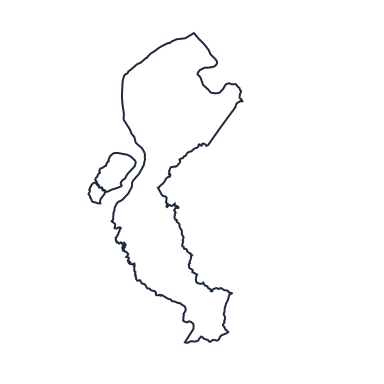 Amapá, Amapá, Brazil (Robinson projection), rotated 241°
{"feature_id": "56859067B97677328674999", "entity_name": "Amapá", "entity_type": "district", "adm_level": 2, "iso_a3": "BRA", "parent_name": "Brazil", "parent_adm1": "Amapá", "projection": "robinson", "projection_center": [-50.772, 1.676], "detail": "fine", "context": "isolated", "style": "outline", "palette": "slate", "viewbox_px": 384, "rotation_deg": 241, "n_neighbors": 0, "source": "geoboundaries", "source_scale": "gbopen_adm2", "svg_char_len": 6084}
<svg xmlns="http://www.w3.org/2000/svg" viewBox="0 0 384 384"><g transform="rotate(241 192 192)"><path d="M205.4,107.6L201.4,109.2L200.1,108.7L198.2,106.8L197.5,107.0L196.6,108.4L196.7,110.0L196.3,111.4L196.0,111.9L194.8,112.2L194.4,110.8L192.8,109.4L191.7,107.6L190.5,106.7L190.2,105.4L189.2,104.5L189.0,103.1L187.5,102.6L187.2,102.0L186.6,101.9L184.4,101.8L184.6,102.5L182.2,103.3L182.4,105.4L181.2,105.7L180.4,106.6L180.2,107.4L180.6,107.9L180.1,108.2L179.5,108.0L178.9,108.3L178.4,107.9L177.9,108.2L177.3,107.6L177.5,107.0L178.7,105.4L178.2,105.3L176.7,106.2L176.1,106.2L175.8,104.9L176.7,103.9L174.3,103.3L174.3,104.3L173.7,104.6L172.5,104.3L170.9,105.8L169.2,105.8L168.7,106.2L167.4,104.6L167.0,103.1L166.0,104.3L164.9,104.8L163.4,103.7L163.4,102.7L162.7,102.5L161.0,103.6L161.2,102.4L160.5,102.3L159.7,103.1L159.3,102.8L157.8,104.6L157.3,106.9L155.3,106.1L155.4,105.2L154.2,105.1L151.1,103.3L150.3,103.3L149.8,103.8L149.2,103.6L147.6,102.1L147.2,102.5L146.6,102.5L145.4,101.5L144.6,101.8L142.9,100.9L141.1,101.2L140.6,101.7L140.4,103.0L139.9,103.8L136.6,103.7L133.9,106.1L129.6,106.1L127.9,108.1L126.1,108.4L123.9,110.5L123.6,111.3L121.7,111.8L119.5,110.6L118.4,111.6L117.7,113.9L116.6,114.0L116.4,114.8L116.7,115.3L115.8,116.1L110.5,119.1L108.2,121.3L106.1,121.6L105.0,123.4L101.6,126.1L101.1,127.1L100.6,127.1L100.0,128.1L98.6,128.3L96.3,129.8L95.0,130.2L92.4,129.7L91.1,128.5L89.4,125.4L87.8,125.0L86.9,123.7L85.7,123.4L84.0,121.9L83.4,121.9L80.9,123.8L80.1,125.1L80.4,126.0L80.3,126.6L79.2,128.0L76.1,129.2L74.5,128.7L72.0,127.2L71.3,126.5L64.0,112.9L63.0,113.8L62.3,115.2L62.0,116.1L62.3,117.2L61.9,118.9L61.1,119.8L60.6,121.1L59.9,121.6L59.0,125.0L59.1,125.7L60.0,126.7L61.1,129.9L60.5,130.5L57.6,131.5L54.9,134.2L52.9,134.5L52.2,135.1L52.4,138.5L52.1,139.4L49.9,141.9L49.8,142.9L50.1,144.3L51.5,146.0L52.4,148.1L51.7,153.6L52.0,155.8L54.4,155.2L55.1,154.6L58.4,154.8L60.3,154.4L61.1,154.9L62.4,157.4L63.6,157.6L65.2,159.6L66.5,160.2L70.0,160.5L71.3,162.2L74.0,163.9L78.1,167.9L78.6,169.0L80.5,171.4L83.6,174.4L84.0,174.9L84.0,177.7L84.5,177.7L85.5,176.2L86.8,175.4L87.7,175.7L89.3,174.4L90.4,172.7L94.0,170.7L94.2,168.5L96.1,166.8L96.6,165.1L96.6,162.6L96.2,161.8L95.4,161.6L95.6,160.8L96.5,160.4L96.9,161.0L97.6,161.0L98.9,160.6L99.7,159.7L101.2,159.4L101.9,159.8L104.2,157.9L107.3,157.9L106.9,156.4L107.6,154.9L109.6,152.6L111.4,152.2L113.2,152.7L115.7,154.4L117.3,156.4L121.8,153.5L122.5,154.3L123.8,154.6L126.7,152.9L128.3,153.1L129.1,153.9L130.2,154.0L130.7,154.8L130.7,155.6L132.6,156.4L133.3,157.7L135.2,159.4L136.1,159.8L136.7,161.4L137.8,160.6L138.6,161.0L139.1,160.9L139.3,160.3L142.3,159.0L143.5,159.5L144.9,159.2L146.1,157.6L148.3,158.1L149.3,157.2L150.5,157.8L153.2,160.4L154.3,160.4L156.4,162.7L160.3,162.6L161.2,163.5L163.7,164.5L165.4,164.1L168.3,164.5L169.5,165.3L170.9,165.3L173.4,164.2L174.6,165.1L175.6,164.7L175.8,164.1L177.7,164.1L178.7,164.5L179.8,165.7L180.8,166.0L181.9,167.7L182.4,167.5L183.4,167.8L184.5,167.4L186.0,169.7L185.4,171.8L185.0,171.7L184.7,172.1L184.8,172.6L185.4,172.8L186.5,171.8L187.1,172.0L188.3,170.4L190.1,171.2L189.5,168.0L190.2,166.8L191.5,166.2L191.6,164.9L190.9,162.9L191.5,162.6L192.6,163.3L193.2,164.9L193.7,165.0L195.3,164.1L199.1,167.0L201.0,166.6L202.4,164.8L204.3,164.2L212.3,164.3L212.0,165.6L212.8,166.8L213.5,170.7L214.2,172.5L216.5,176.3L216.7,177.7L216.2,180.0L217.1,181.2L217.9,181.2L218.4,180.4L219.1,180.5L219.2,181.5L221.3,182.0L223.7,185.0L223.9,185.9L223.2,187.3L223.0,188.9L222.0,189.8L222.1,191.7L223.9,196.2L225.3,196.8L226.2,196.6L226.7,197.2L226.1,200.8L227.0,202.0L226.9,204.3L228.2,206.3L228.5,207.3L228.4,209.6L227.8,211.4L228.3,212.5L228.8,215.2L228.3,218.4L228.5,219.4L230.2,220.9L230.1,221.5L228.2,222.3L227.9,223.1L229.1,224.2L228.9,225.4L227.5,226.5L225.4,227.1L225.2,228.7L234.7,248.4L245.2,271.2L246.5,272.3L247.6,273.7L247.9,274.7L248.1,278.3L247.1,279.4L247.0,280.1L248.4,280.2L251.2,279.3L251.9,279.5L254.4,281.5L256.2,283.8L258.2,283.5L259.9,283.9L262.5,282.9L264.7,282.8L265.5,282.0L266.1,280.4L267.0,279.0L269.0,277.3L269.8,274.4L269.2,272.6L267.0,269.1L265.6,264.8L265.8,262.8L267.1,260.1L268.9,257.6L270.1,256.6L273.5,255.9L280.3,253.6L287.7,254.9L289.6,254.7L291.6,254.0L292.5,254.0L293.4,254.7L294.8,258.0L294.6,263.3L292.8,266.7L291.5,270.1L291.0,272.4L291.3,274.3L292.0,275.7L292.9,276.7L293.7,277.0L296.4,277.0L303.6,274.9L307.8,275.4L310.9,275.0L316.4,274.0L322.6,272.2L330.1,270.7L329.7,260.7L333.0,252.7L333.5,247.3L333.1,244.5L333.8,243.7L334.2,237.6L334.1,232.7L333.3,227.4L333.1,222.9L331.7,218.3L331.2,217.8L331.4,216.3L329.9,209.3L330.3,207.8L330.3,205.3L328.9,199.2L328.3,194.8L327.3,193.6L327.0,191.9L327.3,190.9L326.5,188.9L323.5,185.9L321.1,184.1L309.3,176.9L301.6,173.4L293.3,170.3L288.9,167.5L288.0,167.3L277.1,168.0L272.3,167.4L268.2,168.2L262.7,166.8L261.6,166.9L254.9,169.4L250.6,169.6L247.3,169.0L245.7,167.7L243.5,166.9L238.7,162.6L233.5,154.4L230.6,146.2L229.4,144.3L226.5,142.6L225.4,141.5L221.5,135.4L219.2,128.1L218.8,126.2L219.1,122.2L218.2,120.3L215.9,117.0L213.3,115.0L211.9,113.3L205.8,109.4L205.4,107.6ZM240.8,113.4L239.7,115.4L237.0,115.4L236.0,116.5L235.1,116.8L234.0,116.5L233.5,117.4L233.1,119.5L233.0,123.0L232.0,127.4L231.3,132.5L231.4,133.3L232.0,133.6L233.8,133.6L235.3,135.2L236.1,137.2L236.2,139.9L238.0,142.5L239.2,144.8L242.3,154.4L244.7,156.8L246.0,157.4L247.2,157.4L252.8,155.6L255.9,153.5L261.9,146.3L263.7,143.1L263.8,140.9L263.1,138.0L262.4,136.8L260.1,134.1L259.4,134.2L258.4,131.1L256.6,129.5L256.9,128.2L256.5,126.0L256.9,123.1L256.6,122.5L254.9,120.8L254.0,121.0L253.3,120.6L253.2,119.1L252.3,117.5L251.5,116.9L250.8,114.5L249.8,113.4L249.0,113.3L247.2,113.6L244.6,113.2L243.1,113.8L241.7,113.2L240.8,113.4ZM239.1,115.1L241.2,112.8L242.9,113.1L244.8,112.3L246.4,112.3L247.1,111.9L247.6,110.6L247.1,107.7L245.8,106.4L245.5,105.1L244.5,104.4L243.8,103.2L242.6,103.4L241.7,102.5L240.4,100.5L237.8,100.8L236.6,100.2L235.6,100.5L232.7,100.1L231.5,100.3L229.5,102.7L227.7,104.2L226.5,106.3L228.0,106.7L230.0,108.5L232.9,114.8L234.1,115.8L235.4,116.1L236.9,114.6L239.1,115.1Z" fill="none" stroke="#1e293b" stroke-width="2"/></g></svg>